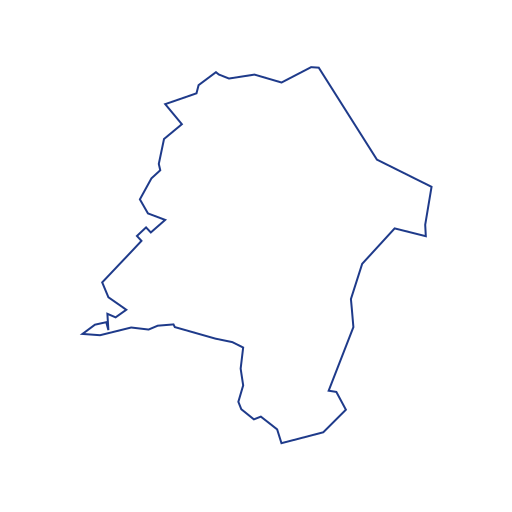 Emanuel, Georgia, United States of America (Robinson projection), rotated 347°
{"feature_id": "52423323B36663925787207", "entity_name": "Emanuel", "entity_type": "district", "adm_level": 2, "iso_a3": "USA", "parent_name": "United States of America", "parent_adm1": "Georgia", "projection": "robinson", "projection_center": [-82.386, 32.566], "detail": "fine", "context": "isolated", "style": "outline", "palette": "blue", "viewbox_px": 512, "rotation_deg": 347, "n_neighbors": 0, "source": "geoboundaries", "source_scale": "gbopen_adm2", "svg_char_len": 906}
<svg xmlns="http://www.w3.org/2000/svg" viewBox="0 0 512 512"><g transform="rotate(347 256 256)"><path d="M192.7,121.3L182.0,144.4L182.0,150.9L171.6,156.8L155.6,174.7L160.3,190.2L175.6,200.4L158.8,209.4L155.3,203.4L144.5,209.7L147.8,215.5L135.1,224.0L100.2,247.1L102.9,263.0L117.5,279.2L105.4,284.2L98.2,278.9L95.5,295.0L95.2,286.8L83.6,286.7L69.4,292.9L86.2,298.1L118.3,297.6L134.8,303.5L144.6,301.8L160.2,304.1L160.9,307.0L197.9,327.4L213.6,334.6L222.9,342.3L215.7,362.3L214.4,379.2L206.0,394.1L207.2,402.0L217.2,414.7L224.6,413.6L237.6,429.7L238.7,444.1L281.9,442.9L309.0,426.0L303.7,406.5L296.5,403.6L334.9,347.2L337.5,328.9L338.8,319.3L357.7,287.5L397.3,260.3L425.9,274.9L427.9,263.6L442.6,228.1L395.5,189.3L359.5,86.6L352.2,84.4L319.9,92.7L295.3,78.9L269.6,77.0L260.6,70.8L258.3,67.9L238.5,76.6L234.6,84.1L201.7,87.6L213.4,110.9L192.7,121.3Z" fill="none" stroke="#1e3a8a" stroke-width="2"/></g></svg>